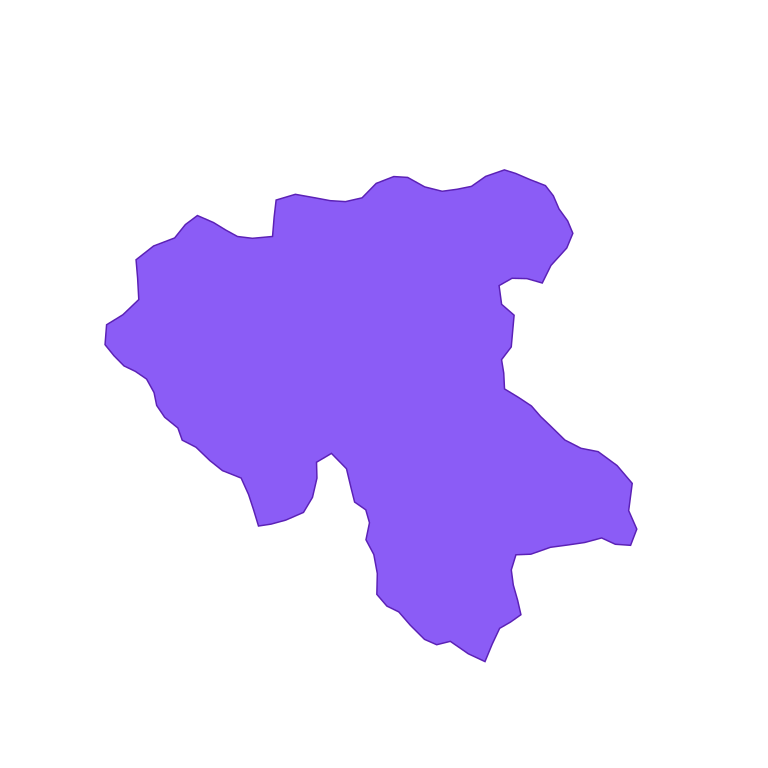 the district of Carvalhópolis, Minas Gerais, Brazil, rotated 16°
{"feature_id": "56859067B12876478935865", "entity_name": "Carvalhópolis", "entity_type": "district", "adm_level": 2, "iso_a3": "BRA", "parent_name": "Brazil", "parent_adm1": "Minas Gerais", "projection": "robinson", "projection_center": [-45.827, -21.773], "detail": "fine", "context": "isolated", "style": "filled", "palette": "violet", "viewbox_px": 768, "rotation_deg": 16, "n_neighbors": 0, "source": "geoboundaries", "source_scale": "gbopen_adm2", "svg_char_len": 1574}
<svg xmlns="http://www.w3.org/2000/svg" viewBox="0 0 768 768"><g transform="rotate(16 384 384)"><path d="M557.6,623.0L559.7,604.3L562.5,587.0L571.3,577.9L579.2,568.0L572.1,555.1L563.7,541.6L557.6,527.6L557.9,511.8L572.1,507.1L589.0,495.1L605.7,487.8L620.7,481.0L635.6,472.0L650.5,474.3L665.5,471.1L667.0,453.8L654.1,438.3L650.0,411.1L630.6,398.2L608.5,390.0L591.1,391.5L573.3,388.0L555.9,378.6L543.5,372.1L531.8,364.5L516.9,359.8L501.2,355.5L496.1,340.5L490.3,328.2L496.1,313.3L490.1,282.0L475.1,275.0L467.5,257.7L477.9,247.1L492.4,243.3L508.3,243.3L511.8,224.0L522.2,202.9L524.0,187.1L515.6,176.6L504.0,167.5L494.9,156.4L484.5,148.8L468.3,147.3L452.6,145.3L440.7,145.0L424.5,156.4L413.6,169.9L400.7,176.6L386.8,182.7L368.8,183.3L349.8,178.9L336.2,181.9L321.2,193.3L311.6,211.1L296.7,219.3L281.7,222.6L266.8,224.0L246.5,226.1L229.6,236.9L232.4,253.9L236.2,272.9L217.4,280.2L202.5,282.6L189.3,279.6L175.7,275.8L158.2,273.5L149.1,285.5L142.5,301.3L124.5,314.8L111.4,332.9L118.0,350.2L125.0,370.4L113.9,389.4L101.0,403.5L105.0,423.1L116.7,431.3L129.1,438.3L141.5,440.4L154.4,444.7L165.3,455.6L171.4,467.3L182.3,476.4L198.0,483.1L205.5,493.6L220.7,496.6L237.7,505.6L252.6,511.8L272.6,513.8L284.3,527.6L293.4,541.0L302.5,555.1L314.1,549.8L327.1,541.9L342.0,529.6L346.5,512.7L345.5,493.0L340.7,477.8L352.6,465.2L371.3,475.8L381.0,493.0L388.3,505.6L401.2,510.0L408.3,521.4L409.6,538.7L421.2,550.7L429.8,568.0L435.1,588.2L448.0,596.7L461.0,599.0L475.9,608.7L493.3,618.3L506.5,620.1L518.7,613.1L539.4,620.1L557.6,623.0Z" fill="#8b5cf6" stroke="#5b21b6" stroke-width="1.5"/></g></svg>